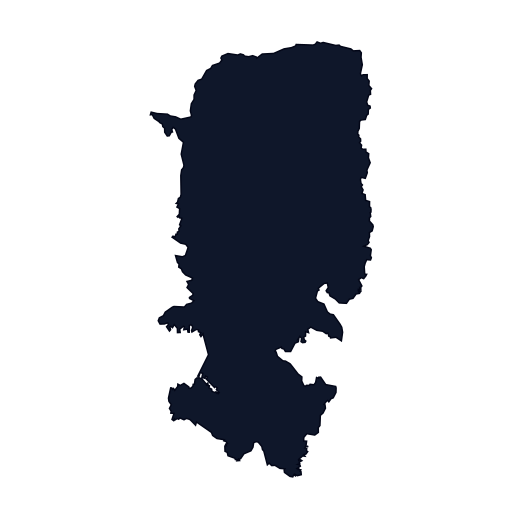 the district of Grobogan, Jawa Tengah, Indonesia, rotated 274°
{"feature_id": "22746128B71964042918672", "entity_name": "Grobogan", "entity_type": "district", "adm_level": 2, "iso_a3": "IDN", "parent_name": "Indonesia", "parent_adm1": "Jawa Tengah", "projection": "albers", "projection_center": [110.857, -7.098], "detail": "fine", "context": "isolated", "style": "filled", "palette": "ink", "viewbox_px": 512, "rotation_deg": 274, "n_neighbors": 0, "source": "geoboundaries", "source_scale": "gbopen_adm2", "svg_char_len": 6073}
<svg xmlns="http://www.w3.org/2000/svg" viewBox="0 0 512 512"><g transform="rotate(274 256 256)"><path d="M391.2,147.4L392.2,141.4L389.5,140.8L389.8,142.7L386.2,144.8L383.6,149.3L384.1,149.9L382.5,150.4L381.1,153.4L378.6,154.0L377.2,155.9L373.1,156.3L369.5,159.1L369.9,161.1L373.6,162.8L373.9,164.0L376.4,163.1L378.6,164.4L377.0,166.8L368.0,170.9L364.4,175.7L352.4,174.3L341.6,177.8L339.2,177.5L336.7,175.8L331.0,175.4L312.2,177.0L309.2,176.4L308.0,174.6L304.3,174.0L302.9,172.8L302.6,175.1L299.3,173.7L298.0,176.5L292.3,176.6L289.8,174.6L289.2,175.4L290.5,176.5L288.7,177.2L288.5,179.3L287.7,179.3L281.8,177.6L280.8,178.9L277.7,177.1L275.4,177.6L274.3,175.9L272.3,176.1L272.2,174.7L269.3,173.8L270.0,171.8L268.9,171.0L263.6,179.9L262.8,185.1L259.8,187.7L251.5,185.5L250.1,182.6L250.8,175.7L244.1,178.1L242.6,179.8L239.5,179.7L238.1,182.4L235.2,183.8L232.2,187.1L229.6,194.2L227.3,193.6L225.8,188.9L222.9,190.8L219.7,189.4L214.1,196.0L212.4,195.6L210.0,192.5L209.0,192.7L207.1,197.2L204.5,195.0L202.9,190.2L200.1,188.1L199.9,177.7L199.2,176.2L193.7,169.4L190.0,167.8L187.6,163.9L184.6,163.0L181.4,165.0L181.8,169.3L183.2,172.6L181.4,173.4L179.2,171.7L175.1,174.9L176.5,175.9L179.5,174.9L180.0,175.8L178.7,177.7L181.9,179.2L178.4,182.6L174.1,183.0L174.4,185.7L177.7,185.0L180.9,188.5L180.5,189.5L177.4,189.1L178.3,192.7L175.3,193.5L175.3,194.7L182.1,194.4L182.8,195.8L182.2,197.1L180.2,197.8L177.1,196.9L175.7,197.4L178.6,201.5L178.3,203.8L176.5,203.9L175.7,206.3L173.5,205.4L171.8,206.7L174.7,208.5L154.2,215.5L132.1,206.3L131.8,207.5L135.8,208.4L135.2,211.1L131.2,210.5L130.4,213.6L132.7,214.1L131.8,216.0L129.8,215.0L121.9,223.8L122.9,224.6L121.8,226.6L120.1,225.8L117.2,228.8L116.1,227.9L117.2,227.4L116.4,226.1L117.8,225.6L117.0,224.3L117.8,221.6L120.1,221.0L121.3,218.2L123.3,218.6L123.8,216.2L124.7,217.1L125.8,216.7L124.7,215.4L129.6,210.7L130.4,208.1L130.3,205.6L128.6,203.9L123.8,203.5L123.6,202.3L121.5,202.1L119.5,200.1L119.5,198.4L120.7,198.1L123.9,193.0L121.6,189.5L122.7,187.0L120.4,187.0L116.3,184.3L118.1,183.0L117.1,182.0L118.5,181.2L118.5,180.1L108.1,178.6L104.9,179.3L101.7,181.9L97.9,180.3L95.2,182.2L93.3,182.0L93.3,185.2L87.1,183.6L86.0,185.4L87.6,186.1L86.8,186.6L88.3,188.6L87.8,190.3L89.2,191.3L87.6,195.6L89.0,197.7L88.8,199.7L88.1,201.8L83.0,207.5L86.3,208.2L76.9,223.9L73.9,225.3L71.2,229.8L70.5,237.3L69.4,236.8L68.8,239.1L66.9,240.6L66.4,239.2L64.9,239.6L65.3,238.7L64.1,238.2L59.0,238.7L58.1,241.0L54.8,242.0L52.8,249.1L51.5,249.6L51.6,251.8L50.4,251.3L50.8,253.9L52.5,253.0L52.6,254.7L57.9,257.8L61.3,264.5L65.0,266.3L69.7,266.7L70.8,269.1L70.5,271.2L66.4,275.1L63.3,276.0L62.0,277.4L48.5,281.9L50.3,283.5L48.0,286.3L48.5,289.5L45.8,294.7L45.7,299.7L44.4,299.0L42.1,299.5L38.5,305.3L38.2,308.1L40.4,308.9L39.6,310.4L40.9,310.2L39.7,312.4L41.0,316.4L44.0,315.9L44.3,315.0L45.8,315.6L46.0,313.4L47.5,313.6L46.0,312.7L46.8,311.5L49.4,314.9L50.6,314.4L51.0,312.1L52.0,314.1L53.4,313.4L55.0,316.0L55.8,314.7L55.2,312.8L56.0,312.6L59.8,316.5L59.7,318.8L61.3,317.5L61.9,319.6L64.5,321.2L65.2,319.9L67.5,320.0L67.9,318.0L70.2,319.1L74.8,319.4L74.8,316.5L78.3,316.3L82.3,319.1L81.5,327.1L84.4,330.5L89.2,330.1L91.3,331.6L101.5,331.3L104.0,333.8L109.0,335.9L112.4,335.2L112.7,334.2L116.3,336.6L116.9,337.4L115.6,338.8L118.9,340.8L119.9,342.9L125.5,345.3L130.0,345.1L131.4,344.6L132.6,334.5L139.7,328.9L139.4,327.0L138.3,327.0L139.0,324.9L134.0,324.3L131.6,322.8L131.8,318.9L130.7,318.4L130.5,315.3L129.4,314.3L130.0,312.8L134.5,310.3L138.6,310.2L141.1,306.3L150.7,297.7L153.2,292.8L153.3,290.1L157.4,284.4L161.7,282.7L162.2,281.6L164.3,282.4L166.9,287.6L165.6,288.3L165.2,290.3L162.8,292.0L163.1,297.2L171.8,301.0L173.4,304.2L175.9,304.4L175.6,303.5L178.9,305.4L177.1,307.2L173.7,306.9L172.8,308.5L173.3,311.0L174.6,311.6L175.7,310.1L178.3,309.1L179.6,311.0L184.0,310.8L183.2,313.8L186.5,312.7L188.9,315.6L186.1,321.8L185.6,327.8L183.4,331.5L184.1,333.2L181.1,334.2L180.6,335.8L179.5,336.1L180.5,341.5L177.3,347.1L186.0,347.7L190.9,346.5L193.8,344.6L202.8,337.3L203.2,334.0L205.2,331.1L212.8,327.1L214.8,320.8L218.0,318.3L225.4,319.7L226.4,321.2L228.2,320.4L233.4,325.9L234.0,329.0L229.6,330.3L226.2,328.4L224.4,329.7L224.5,331.3L221.4,332.6L218.6,338.2L215.0,342.3L215.1,349.5L219.4,352.1L220.5,355.7L225.1,358.5L225.9,361.7L228.9,360.3L230.7,360.5L226.8,362.1L227.8,362.9L228.3,362.0L231.1,361.7L229.9,362.9L232.0,362.7L233.5,363.7L239.5,360.0L241.8,362.5L240.9,365.0L243.7,366.9L245.4,367.6L245.3,366.2L246.4,365.6L252.9,364.7L256.5,365.4L260.1,366.7L260.0,370.5L262.3,371.2L264.3,370.1L270.3,370.5L271.7,369.5L273.3,362.8L275.1,366.2L277.4,367.8L279.3,366.8L283.3,367.9L287.3,367.5L289.1,370.1L293.4,370.9L295.2,370.4L298.8,366.7L302.0,366.5L303.4,367.7L307.3,366.9L307.8,367.6L310.5,367.5L312.3,367.0L312.9,365.8L318.2,365.5L319.1,361.5L324.8,360.6L325.8,357.3L329.4,358.2L332.5,356.1L334.3,357.2L335.7,355.7L339.7,354.8L341.8,355.5L341.1,359.6L346.8,361.2L349.5,360.6L357.0,363.4L361.7,361.3L365.9,361.3L367.5,358.4L370.2,358.1L369.9,355.2L370.8,353.3L373.9,353.6L376.2,351.3L377.8,352.4L380.2,352.1L381.8,350.1L383.7,350.2L384.6,349.0L387.5,348.9L390.4,350.1L397.5,349.9L399.0,351.4L399.8,355.5L404.1,356.6L405.4,358.0L410.1,357.9L411.6,359.7L413.5,359.3L414.2,356.9L417.4,355.6L424.4,357.2L425.3,359.0L429.2,358.5L431.0,359.6L434.0,356.6L438.4,356.7L440.8,354.5L444.6,354.3L444.3,350.2L443.0,348.6L445.2,347.4L454.2,348.7L461.6,346.9L466.0,346.9L468.2,345.1L467.4,338.7L469.2,336.2L471.0,325.6L472.2,324.2L471.6,320.8L473.7,308.1L472.7,305.6L473.8,302.0L471.4,300.4L470.4,298.3L469.8,281.3L468.3,280.9L466.3,276.8L464.6,269.6L459.3,259.5L457.9,248.1L453.4,243.0L454.5,242.5L455.6,238.7L454.3,234.8L454.6,230.6L455.8,229.5L456.5,226.3L455.2,223.8L456.0,213.9L453.0,208.0L451.0,207.2L449.1,208.3L445.9,206.2L443.0,199.3L439.9,197.7L437.6,193.8L428.6,189.5L427.2,186.0L423.4,183.4L420.9,183.0L417.0,184.8L412.3,183.0L407.9,183.3L403.4,180.9L396.2,180.4L391.7,181.9L390.1,181.3L387.2,171.4L389.2,166.1L389.7,160.7L391.3,157.8L391.2,147.4ZM69.5,321.4L69.8,320.5L69.2,319.7L69.5,321.4Z" fill="#0f172a" stroke="#020617" stroke-width="1.5"/></g></svg>